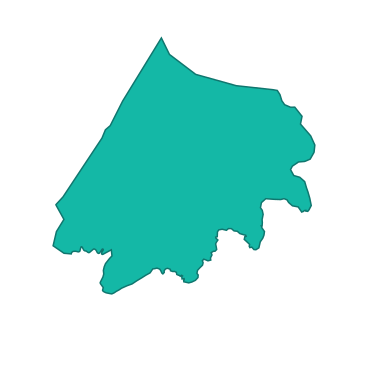 the district of Bertie, North Carolina, United States of America, rotated 302°
{"feature_id": "52423323B7787272397887", "entity_name": "Bertie", "entity_type": "district", "adm_level": 2, "iso_a3": "USA", "parent_name": "United States of America", "parent_adm1": "North Carolina", "projection": "albers", "projection_center": [-77.103, 36.03], "detail": "fine", "context": "isolated", "style": "filled", "palette": "teal", "viewbox_px": 384, "rotation_deg": 302, "n_neighbors": 0, "source": "geoboundaries", "source_scale": "gbopen_adm2", "svg_char_len": 2924}
<svg xmlns="http://www.w3.org/2000/svg" viewBox="0 0 384 384"><g transform="rotate(302 192 192)"><path d="M318.4,234.2L316.1,230.6L315.1,224.3L317.0,219.8L321.2,215.0L323.3,210.5L321.6,206.3L305.6,173.2L293.7,132.8L296.7,100.0L306.4,84.4L232.4,85.0L204.9,87.5L198.9,85.6L190.0,87.1L119.4,85.2L109.2,83.3L108.8,83.7L100.9,97.9L86.6,98.0L72.8,102.7L72.2,115.9L75.5,122.4L76.8,122.0L78.2,122.4L79.1,123.2L80.2,125.0L80.9,127.2L81.3,127.7L82.1,128.2L82.5,128.2L86.4,127.0L86.9,127.2L87.1,127.5L87.0,128.0L86.6,128.9L85.8,130.2L85.3,131.2L85.3,131.7L85.3,132.4L85.8,133.5L85.8,134.1L85.7,135.4L85.7,136.2L86.0,136.7L86.4,137.1L91.4,138.7L91.9,139.4L92.0,140.4L91.9,141.1L91.5,142.0L90.7,143.3L90.4,143.9L90.3,144.5L90.4,145.3L91.0,145.8L92.6,146.0L94.3,146.1L95.1,146.0L95.8,146.1L96.3,146.4L96.4,146.8L96.2,147.3L95.8,147.5L95.0,147.5L94.1,147.5L93.3,147.5L92.0,147.8L91.6,148.2L91.5,148.9L91.8,149.4L92.5,149.8L100.2,154.2L95.4,158.0L92.0,157.3L85.5,156.6L82.0,157.2L78.5,158.4L75.7,160.6L72.7,161.5L66.6,162.1L65.8,162.8L63.9,167.4L61.3,168.2L60.7,169.3L60.7,169.5L60.8,171.0L61.0,172.6L61.6,174.2L62.3,176.1L63.1,178.0L64.9,179.2L65.6,179.6L67.3,180.3L70.5,182.1L73.0,183.2L78.1,186.6L82.3,189.9L87.4,192.2L92.7,194.9L97.1,197.0L101.2,199.3L106.0,199.5L107.4,201.2L108.9,202.6L109.5,205.4L108.8,207.1L107.3,209.3L107.1,210.7L109.0,211.1L110.5,210.1L112.7,210.3L114.2,211.5L114.6,212.7L114.9,214.6L113.8,215.5L114.4,217.9L115.4,219.3L115.6,221.3L114.0,222.8L114.3,224.8L114.7,226.1L114.5,225.9L114.3,226.7L114.8,226.9L115.9,227.3L115.8,228.4L114.9,228.1L113.0,229.6L113.8,230.4L114.4,231.2L113.4,232.0L112.8,231.6L111.5,232.7L111.9,233.7L113.2,237.4L115.6,239.6L118.9,241.7L122.6,242.4L124.9,241.2L125.6,239.3L128.5,238.2L131.8,238.8L135.5,239.7L137.9,238.9L139.2,237.2L141.3,237.6L141.7,239.5L142.1,242.0L144.2,244.0L145.9,242.6L149.2,242.3L150.7,240.4L153.1,241.6L154.0,242.9L156.3,243.4L157.7,242.2L160.6,239.5L162.5,239.3L165.0,239.4L165.5,236.7L166.3,236.0L167.5,237.1L171.7,234.7L174.1,234.8L176.4,237.3L177.8,241.5L180.3,242.3L181.8,244.8L181.3,248.3L182.7,251.2L182.1,254.6L183.2,258.7L183.8,260.5L183.1,261.4L182.1,260.5L179.5,261.4L179.0,264.1L178.1,268.6L176.3,269.3L175.5,270.5L176.9,271.9L176.0,275.0L176.9,276.8L180.1,278.3L185.9,276.3L190.2,276.5L193.5,275.9L196.9,274.4L198.5,270.6L200.0,268.7L200.4,269.4L203.3,267.9L205.7,266.1L210.7,264.2L213.7,261.3L214.9,258.4L219.8,256.5L225.4,258.1L229.3,265.5L232.6,271.2L235.1,273.6L235.7,276.7L234.3,279.5L233.5,284.5L235.6,289.9L233.9,293.9L233.1,295.6L234.6,296.8L235.8,297.1L236.7,298.2L236.1,298.5L236.9,300.4L238.8,300.7L243.7,300.3L249.1,295.2L253.5,290.3L256.2,286.9L260.5,282.1L261.6,275.6L259.9,269.6L263.2,263.7L267.1,263.4L273.9,266.4L277.4,271.1L278.2,271.8L278.6,272.1L282.5,274.8L289.7,274.5L290.1,274.5L290.3,274.4L290.7,274.3L296.9,271.3L302.5,262.9L307.1,248.0L314.5,245.2L318.4,234.2Z" fill="#14b8a6" stroke="#0f766e" stroke-width="1.5"/></g></svg>